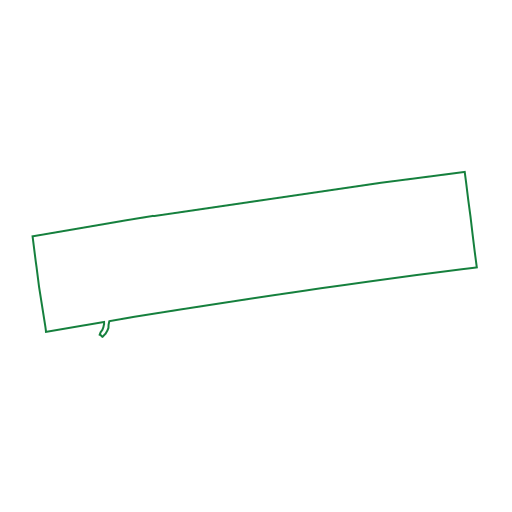 Halfa, Northern, Sudan (orthographic projection), rotated 171°
{"feature_id": "16777658B39778167930026", "entity_name": "Halfa", "entity_type": "district", "adm_level": 2, "iso_a3": "SDN", "parent_name": "Sudan", "parent_adm1": "Northern", "projection": "orthographic", "projection_center": [30.005, 21.349], "detail": "fine", "context": "isolated", "style": "outline", "palette": "green", "viewbox_px": 512, "rotation_deg": 171, "n_neighbors": 0, "source": "geoboundaries", "source_scale": "gbopen_adm2", "svg_char_len": 1114}
<svg xmlns="http://www.w3.org/2000/svg" viewBox="0 0 512 512"><g transform="rotate(171 256 256)"><path d="M475.3,213.9L437.0,214.4L434.2,214.4L416.4,214.6L416.7,212.4L417.3,211.1L417.8,209.7L419.1,207.4L419.2,207.2L421.4,205.0L422.7,202.7L421.4,201.8L420.9,200.7L420.2,200.2L417.2,202.5L416.7,202.8L416.5,203.1L414.8,205.2L414.6,205.4L414.4,205.7L413.0,208.0L412.4,211.1L411.1,214.5L410.4,214.6L386.3,215.0L386.1,215.0L362.0,215.0L338.2,215.0L314.8,214.9L314.6,214.9L290.9,214.8L267.4,214.7L243.7,214.5L220.2,214.2L211.7,214.1L208.2,214.1L196.7,214.0L172.6,213.5L148.7,213.1L124.7,212.6L101.0,212.1L77.5,211.4L54.0,210.7L48.9,210.5L43.5,210.3L39.9,210.2L39.7,210.2L39.3,226.1L38.7,243.4L38.0,260.9L37.6,278.1L37.0,295.2L36.7,306.4L121.8,308.8L350.4,311.4L351.9,311.8L352.4,311.7L352.6,311.7L358.3,311.7L377.8,311.6L471.5,310.4L473.6,310.4L474.1,294.7L474.4,285.1L474.5,279.3L475.1,259.7L475.1,257.9L475.1,257.2L475.1,256.4L475.1,255.8L475.1,243.9L475.1,233.2L475.1,232.5L475.1,223.3L475.1,219.9L475.1,219.7L475.1,219.1L475.2,215.1L475.3,214.1L475.3,213.9Z" fill="none" stroke="#15803d" stroke-width="2"/></g></svg>